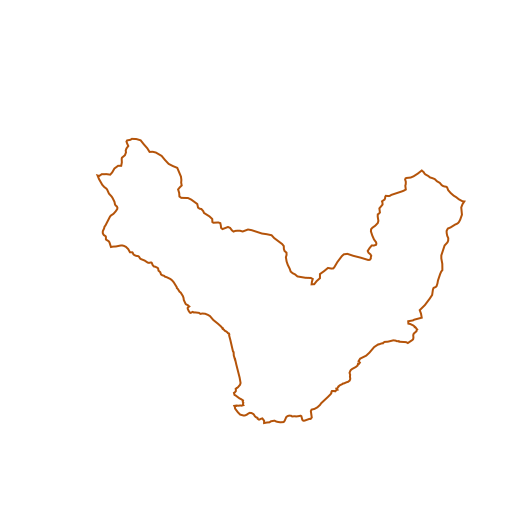 the district of Obreja, Caras-Severin, Romania, rotated 296°
{"feature_id": "2599482B72283676836443", "entity_name": "Obreja", "entity_type": "district", "adm_level": 2, "iso_a3": "ROU", "parent_name": "Romania", "parent_adm1": "Caras-Severin", "projection": "mercator", "projection_center": [22.258, 45.515], "detail": "fine", "context": "isolated", "style": "outline", "palette": "amber", "viewbox_px": 512, "rotation_deg": 296, "n_neighbors": 0, "source": "geoboundaries", "source_scale": "gbopen_adm2", "svg_char_len": 6125}
<svg xmlns="http://www.w3.org/2000/svg" viewBox="0 0 512 512"><g transform="rotate(296 256 256)"><path d="M396.3,419.3L395.7,417.6L395.9,413.4L396.6,410.3L396.9,407.2L397.9,403.5L399.4,399.9L401.5,397.6L401.6,396.4L401.1,394.9L400.9,393.3L401.1,391.8L402.3,389.1L402.5,385.9L403.5,382.9L403.3,380.4L402.9,377.9L403.4,375.9L403.6,372.4L404.0,371.2L404.8,370.1L405.5,367.5L401.0,365.3L396.7,362.7L394.3,360.6L392.2,357.2L391.4,356.4L390.1,356.5L388.4,358.1L386.2,359.1L384.6,359.4L381.4,361.5L379.4,360.1L377.9,358.7L370.3,350.9L368.6,349.8L367.9,348.7L367.0,346.3L365.9,346.2L364.5,346.7L363.1,346.8L360.4,345.3L359.2,346.4L357.7,347.2L352.9,346.0L349.4,348.3L348.0,347.9L346.8,347.2L344.8,348.1L341.2,350.6L339.0,351.0L335.5,349.9L332.4,348.2L330.5,347.7L328.5,348.5L325.4,351.5L322.6,354.8L321.0,357.9L319.8,358.8L318.7,359.0L317.1,357.4L316.2,355.4L312.9,354.6L309.5,354.2L308.3,355.6L307.6,358.2L306.7,359.5L305.3,359.7L304.0,360.3L302.4,359.9L301.6,358.5L300.4,350.9L298.8,343.3L298.0,337.2L296.0,334.2L293.5,333.2L286.3,331.8L280.2,331.3L278.7,330.9L277.8,329.4L276.8,325.9L272.2,323.8L267.8,321.4L264.1,323.2L260.0,321.5L256.2,320.7L254.9,318.4L257.5,317.5L260.2,317.1L260.3,314.9L258.1,310.0L255.8,302.2L256.6,299.1L256.6,296.5L257.2,294.0L259.3,291.9L262.0,288.4L264.5,285.9L268.0,283.4L270.4,283.0L272.4,281.9L273.0,279.5L274.5,278.0L277.1,276.6L278.2,274.3L280.1,264.4L281.5,260.9L280.3,256.1L278.8,251.5L277.3,240.7L276.3,237.2L272.2,233.3L271.7,230.6L270.5,228.1L269.5,226.4L268.1,225.1L268.5,223.1L269.9,220.4L269.8,218.1L265.5,214.1L266.0,212.3L268.0,211.0L269.9,209.5L269.6,207.4L267.2,203.1L267.4,201.9L270.0,200.5L270.2,200.1L271.2,196.8L271.9,190.4L273.2,188.9L274.3,186.3L273.8,184.6L274.1,182.7L277.0,180.4L278.3,173.1L278.3,169.5L275.5,163.3L275.9,161.1L279.0,159.3L281.7,156.8L284.3,157.4L286.8,158.3L289.1,156.6L291.6,155.6L294.4,153.8L300.7,146.6L300.4,141.8L300.5,137.1L302.4,132.1L304.6,127.3L305.1,120.6L304.4,117.5L302.9,114.7L305.2,111.0L307.2,106.2L309.4,101.6L308.7,97.3L306.9,93.1L305.4,92.2L303.4,89.5L302.1,89.4L300.4,91.1L298.9,93.0L295.9,92.4L293.6,92.7L292.2,93.7L289.1,94.0L285.6,92.4L284.4,92.7L281.3,94.4L278.0,95.3L276.6,92.5L272.6,90.4L268.1,90.1L265.2,89.3L264.1,85.9L261.9,81.5L259.2,80.0L258.9,78.3L256.3,81.2L252.6,86.6L251.5,89.3L251.0,91.9L250.5,93.0L247.6,96.5L246.2,100.1L245.3,101.6L242.7,105.0L240.5,106.7L239.9,107.7L239.5,109.3L238.6,110.3L237.4,110.7L234.6,110.3L231.4,109.4L228.7,107.8L227.3,107.5L217.4,107.3L216.0,107.0L214.0,107.4L211.5,107.4L210.4,107.7L209.1,108.5L208.1,110.0L207.9,112.0L207.4,112.7L205.2,113.8L205.0,114.1L204.7,117.1L204.1,118.2L200.5,121.7L201.7,123.3L203.2,126.0L206.0,129.6L206.8,131.0L207.2,132.8L207.2,135.1L206.2,138.1L204.1,141.1L205.1,143.3L204.7,144.0L203.8,145.0L203.5,146.2L203.6,148.3L204.2,150.0L204.1,151.1L202.9,153.0L202.8,154.0L203.1,157.9L202.6,161.5L202.9,162.8L204.2,164.5L204.2,165.2L202.4,167.3L201.8,169.0L202.2,170.0L202.2,172.3L202.0,173.4L200.1,174.8L199.5,177.0L197.8,178.7L197.6,180.1L197.9,182.2L197.5,183.2L197.8,185.1L197.8,189.2L197.3,191.3L196.3,193.6L193.2,198.5L192.5,198.9L192.1,200.2L190.4,202.9L190.1,204.4L187.9,207.9L186.6,209.2L184.8,210.4L182.2,213.6L181.9,214.2L181.9,216.4L181.6,217.1L181.4,218.1L179.7,217.3L178.7,217.7L177.2,219.5L176.4,220.9L176.1,221.7L176.2,222.2L178.0,223.6L178.0,225.0L178.5,225.7L179.9,229.7L179.6,231.4L180.8,233.0L181.8,235.6L182.0,238.7L181.8,241.0L179.8,245.6L178.4,251.7L177.2,255.8L176.5,257.1L176.7,257.6L176.3,258.1L175.8,258.2L175.7,259.5L175.1,260.8L175.2,261.6L174.9,263.4L174.6,264.2L174.3,264.6L174.5,265.7L173.8,266.4L172.8,266.7L169.1,269.9L162.9,274.9L160.1,277.2L159.8,278.0L156.9,279.6L153.7,282.5L153.9,282.6L149.9,285.8L139.5,294.6L135.1,297.8L133.2,298.1L132.5,297.9L130.1,297.3L129.2,296.9L129.0,296.5L127.6,296.0L127.3,296.4L125.7,297.1L124.4,296.8L123.3,296.2L121.7,297.6L121.7,298.8L120.8,303.5L120.8,305.5L120.5,307.7L119.1,308.0L118.6,308.9L116.8,309.3L116.4,310.0L115.1,308.6L114.7,307.2L113.9,306.2L113.0,303.9L112.6,304.0L112.0,302.5L111.8,302.2L110.9,303.3L109.7,304.1L107.6,308.2L106.5,311.3L107.2,314.9L107.8,315.9L109.3,317.3L110.1,317.6L112.2,319.0L112.9,320.8L112.8,322.8L112.6,323.5L111.5,325.2L111.1,326.6L111.2,328.2L110.5,328.7L110.2,330.2L110.4,330.7L111.8,331.8L112.8,332.9L111.5,335.5L109.4,336.5L111.2,338.9L112.4,341.0L114.0,341.9L116.1,344.8L116.1,346.8L116.4,348.2L117.2,350.8L118.7,353.4L119.3,353.8L120.7,354.0L124.4,353.8L125.9,354.5L127.1,355.8L127.8,357.7L127.6,358.7L127.8,359.2L128.2,359.7L129.1,361.4L129.3,362.3L130.6,364.3L132.0,366.1L131.9,367.0L129.1,369.4L128.7,370.6L128.8,371.0L129.3,371.8L133.0,375.4L133.5,376.5L135.3,376.9L140.6,373.3L142.3,373.3L144.2,375.6L146.9,377.5L150.2,378.8L152.2,379.1L160.8,382.4L164.7,383.7L166.1,383.8L166.6,383.4L167.9,383.4L168.7,384.9L168.7,385.5L169.2,386.0L169.2,386.6L170.9,387.1L171.5,387.8L171.8,387.2L171.8,386.6L172.0,386.4L172.3,386.9L174.9,387.5L175.0,387.3L176.5,388.0L178.8,389.8L179.6,390.1L179.9,390.8L182.3,392.8L183.1,393.8L185.1,394.8L186.9,394.6L188.8,393.3L190.5,392.7L192.0,391.3L194.0,391.1L195.1,391.2L196.7,392.0L199.9,394.3L202.0,395.3L203.5,395.0L203.4,395.4L203.8,395.7L205.7,396.1L206.4,394.3L209.4,394.6L214.7,398.7L218.8,400.3L225.9,402.1L230.2,404.6L230.2,405.0L232.5,407.2L233.2,408.4L233.8,408.4L235.2,409.3L236.8,412.1L240.4,416.4L241.2,418.7L241.1,419.3L241.2,420.0L242.1,421.7L241.7,422.2L241.9,422.7L244.1,428.0L244.4,429.0L244.3,430.6L249.1,433.4L250.1,433.7L251.6,433.3L253.8,432.0L255.4,431.8L258.7,433.2L260.3,432.8L260.6,433.0L261.8,430.6L261.6,430.0L262.0,429.9L262.5,428.0L262.5,424.6L262.0,422.6L264.1,421.4L266.9,425.3L268.1,426.1L273.2,432.0L276.5,429.6L279.1,426.9L285.9,429.3L293.7,430.8L298.2,431.4L303.5,429.7L305.2,429.6L306.9,431.1L308.1,431.5L310.9,431.1L313.7,430.3L320.6,429.4L323.2,429.3L325.0,429.7L330.6,426.9L335.1,423.6L337.8,422.3L348.1,420.9L352.1,422.1L354.0,422.0L356.3,421.0L358.0,419.0L360.1,417.4L361.9,416.4L362.5,416.3L364.8,416.4L366.9,418.3L371.7,421.3L372.9,422.4L374.3,423.2L375.5,423.5L378.1,423.6L383.4,423.0L389.6,419.2L393.0,418.9L396.3,419.3Z" fill="none" stroke="#b45309" stroke-width="2"/></g></svg>